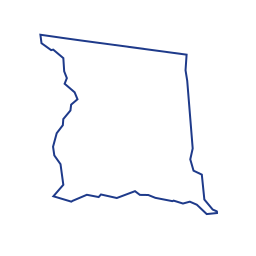 outline of Montgomery, North Carolina, United States of America, rotated 9°
{"feature_id": "52423323B62782413793554", "entity_name": "Montgomery", "entity_type": "district", "adm_level": 2, "iso_a3": "USA", "parent_name": "United States of America", "parent_adm1": "North Carolina", "projection": "mercator", "projection_center": [-79.888, 35.324], "detail": "fine", "context": "isolated", "style": "outline", "palette": "blue", "viewbox_px": 256, "rotation_deg": 9, "n_neighbors": 0, "source": "geoboundaries", "source_scale": "gbopen_adm2", "svg_char_len": 841}
<svg xmlns="http://www.w3.org/2000/svg" viewBox="0 0 256 256"><g transform="rotate(9 128 128)"><path d="M68.1,48.9L47.4,49.3L46.0,49.3L26.9,49.6L29.3,57.8L39.9,63.1L41.9,62.3L53.2,69.1L56.1,82.0L59.8,88.3L58.5,94.2L69.7,101.1L73.6,107.5L68.2,113.8L68.4,119.7L62.7,129.3L63.2,135.4L58.4,144.3L56.9,158.2L59.5,166.6L67.0,174.3L73.0,194.2L65.0,207.1L83.5,209.6L84.8,208.5L85.0,208.4L97.8,200.4L109.8,200.8L111.7,197.9L127.9,198.9L144.8,189.3L150.2,192.2L158.5,191.0L165.9,192.7L183.2,193.3L183.7,193.1L184.4,192.6L194.1,194.0L200.6,191.1L208.0,193.0L219.2,200.7L229.1,198.1L228.9,197.5L229.1,197.5L229.1,197.4L228.9,197.3L228.9,197.1L229.0,196.9L228.8,196.5L228.7,196.4L224.4,195.3L214.6,186.7L208.2,162.5L199.4,159.9L194.4,149.2L195.1,138.1L179.1,72.1L175.8,62.0L174.4,46.4L68.1,48.9Z" fill="none" stroke="#1e3a8a" stroke-width="2"/></g></svg>